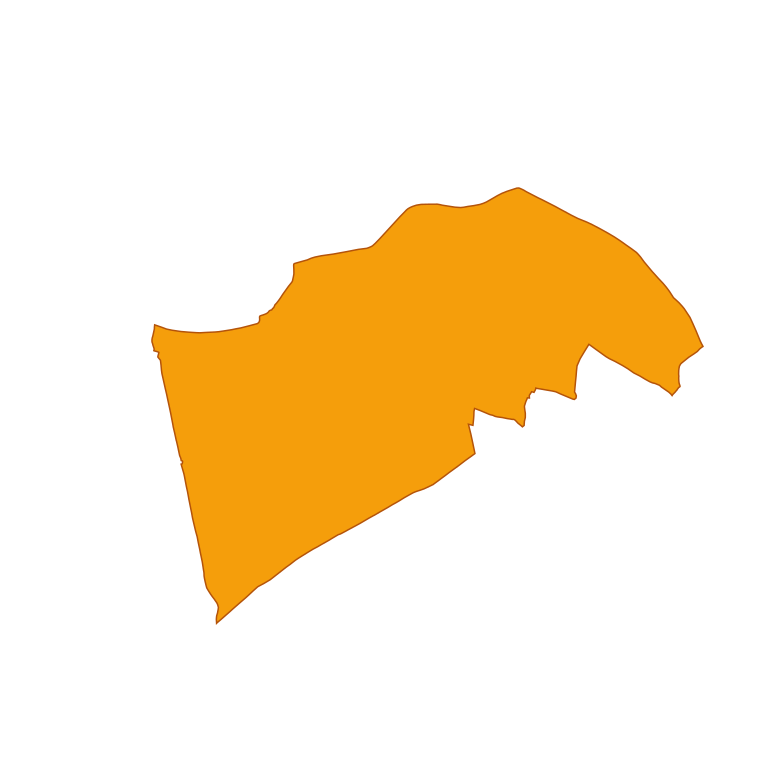 outline of Thanh Binh, Ðong Tháp, Vietnam, rotated 141°
{"feature_id": "81297802B14212334557839", "entity_name": "Thanh Binh", "entity_type": "district", "adm_level": 2, "iso_a3": "VNM", "parent_name": "Vietnam", "parent_adm1": "Ðong Tháp", "projection": "albers", "projection_center": [105.482, 10.61], "detail": "fine", "context": "isolated", "style": "filled", "palette": "amber", "viewbox_px": 768, "rotation_deg": 141, "n_neighbors": 0, "source": "geoboundaries", "source_scale": "gbopen_adm2", "svg_char_len": 5799}
<svg xmlns="http://www.w3.org/2000/svg" viewBox="0 0 768 768"><g transform="rotate(141 384 384)"><path d="M525.0,574.3L526.8,572.5L527.8,571.3L530.8,568.9L533.3,566.9L535.2,565.6L536.5,564.4L537.6,563.0L538.0,562.3L538.4,561.1L539.2,559.4L540.4,556.2L540.8,555.6L541.1,555.3L541.8,554.9L541.9,554.6L541.6,554.2L540.2,552.3L539.3,550.8L539.1,550.4L539.1,550.2L540.0,549.5L541.9,548.1L542.5,547.6L542.8,547.1L542.8,546.4L542.8,545.6L542.8,544.4L542.8,543.6L542.8,543.2L543.2,542.5L545.4,539.0L548.3,534.7L550.1,531.7L554.0,523.8L556.6,518.6L559.3,513.0L561.2,509.3L566.1,499.6L568.0,495.9L571.4,489.5L573.7,485.2L574.8,483.3L577.4,477.9L580.9,471.0L581.4,469.8L584.2,464.1L584.9,462.8L587.9,456.9L588.7,454.1L589.8,452.1L589.1,451.1L589.1,450.9L589.4,450.4L590.6,449.3L591.0,449.0L591.3,449.0L592.1,449.4L595.9,440.4L597.0,438.2L602.2,428.5L604.5,423.9L608.0,417.5L608.4,416.8L608.8,416.0L612.8,408.4L614.4,405.3L617.1,400.4L620.4,393.6L622.9,388.4L624.3,385.2L625.3,382.9L628.1,377.7L631.2,371.6L633.3,367.7L634.3,365.7L637.2,360.1L639.7,355.8L641.3,353.1L642.2,351.4L643.0,350.2L644.6,348.1L645.8,346.0L647.3,343.1L649.1,339.3L649.9,337.5L650.1,336.9L650.5,334.2L651.0,329.9L651.2,327.0L651.3,323.6L651.5,321.3L651.6,319.5L651.8,318.5L652.1,317.3L653.0,315.2L653.2,314.7L653.6,314.3L654.6,313.3L656.6,311.6L657.5,310.8L659.0,309.8L660.1,309.0L660.6,308.5L661.4,307.7L662.4,306.6L663.9,304.5L664.7,303.4L663.6,303.5L659.0,303.6L653.8,303.8L646.7,304.1L643.3,304.3L635.7,304.6L629.2,304.8L626.0,304.9L619.7,305.3L615.7,305.6L609.7,305.9L602.3,304.5L595.6,303.5L581.8,303.3L575.3,303.2L570.2,302.9L563.4,302.8L562.6,302.7L560.3,302.5L557.8,302.2L548.9,301.1L543.0,300.3L538.0,299.3L533.9,298.7L526.9,297.5L524.4,297.1L521.9,296.8L514.4,295.7L512.6,295.0L510.9,294.6L506.2,293.7L505.7,293.6L504.4,293.4L498.0,292.2L496.0,291.8L490.5,290.8L485.9,290.1L483.2,289.7L479.9,289.2L477.6,288.8L476.6,288.6L475.8,288.5L474.0,288.1L468.1,287.2L466.2,286.9L462.6,286.3L459.0,285.7L455.4,285.2L453.2,284.9L449.4,284.2L445.5,283.6L440.6,283.0L439.2,282.8L437.5,282.5L433.4,281.8L432.3,281.6L431.1,281.4L429.2,281.0L427.6,280.5L425.8,279.9L423.3,278.9L421.6,278.3L418.8,277.3L411.0,275.4L410.2,275.3L409.6,275.0L397.9,274.5L393.6,274.3L389.0,274.2L383.4,273.9L377.6,273.6L369.5,273.4L357.1,272.7L352.3,282.0L348.1,290.3L343.7,299.6L340.9,295.9L336.7,300.1L333.9,303.1L331.4,306.0L329.0,308.0L328.6,307.4L325.8,302.6L321.2,294.0L320.7,293.2L319.2,291.3L318.0,288.9L316.4,286.9L313.0,283.3L310.1,279.7L307.8,277.2L306.8,276.0L305.5,274.9L305.2,274.4L305.0,273.8L304.8,273.0L304.5,268.9L304.2,267.8L303.7,265.4L303.4,263.6L301.2,263.6L299.7,265.2L298.3,266.7L295.3,269.0L294.2,270.3L292.6,272.3L291.2,274.7L289.4,277.6L288.7,278.5L287.2,279.5L284.8,281.1L282.6,282.2L281.5,282.9L281.3,283.0L281.1,282.9L279.8,281.6L278.8,283.0L278.3,283.6L277.8,283.9L276.1,284.4L274.1,285.1L272.7,283.1L269.6,284.4L268.6,285.3L267.8,284.2L264.5,280.5L261.9,277.5L257.5,272.5L255.6,270.1L255.0,269.1L253.1,265.2L246.8,253.5L245.8,252.2L243.7,252.2L242.0,253.7L241.2,256.0L241.0,257.8L233.3,265.7L230.0,269.0L226.3,272.9L222.6,276.6L220.9,277.5L215.7,280.2L208.3,282.9L199.8,285.9L199.3,284.2L198.6,281.6L197.5,277.4L196.8,274.9L195.2,269.0L194.3,265.7L192.9,261.8L190.3,256.3L187.0,248.3L184.9,242.4L182.9,235.4L180.2,229.4L178.1,223.6L176.0,218.4L174.7,216.0L173.0,213.8L170.7,209.6L170.3,207.0L170.0,206.0L169.0,202.6L167.8,198.5L167.4,195.9L167.4,193.7L166.2,194.1L165.2,194.2L162.6,194.5L161.4,194.8L160.3,194.9L159.3,195.3L157.3,195.8L155.6,195.7L155.2,196.2L154.6,197.7L154.5,198.1L154.1,199.0L153.0,200.8L151.2,203.2L150.0,204.5L148.8,206.3L146.4,209.1L144.7,210.7L143.1,212.0L141.8,212.5L140.8,212.9L139.5,213.0L130.3,213.0L124.4,212.4L120.0,212.1L116.8,212.6L114.1,212.6L112.5,212.4L112.3,213.1L111.9,215.4L111.2,218.4L108.1,228.8L106.0,236.5L104.3,243.2L103.3,253.5L103.3,256.7L103.6,261.5L104.1,265.1L104.7,268.9L103.9,276.3L103.7,281.6L103.8,286.8L104.3,293.3L104.7,300.9L104.8,302.3L104.9,308.3L105.0,315.1L104.7,321.4L104.8,324.7L105.0,327.1L105.2,328.1L105.5,329.2L106.6,333.5L108.5,340.1L109.5,343.8L110.7,347.9L112.4,353.2L114.5,358.9L118.0,367.7L121.9,376.8L124.4,382.0L129.2,390.7L132.1,397.1L137.1,409.1L139.1,414.0L145.4,428.2L146.9,431.3L152.4,443.9L153.4,446.7L154.0,448.0L155.1,450.2L155.3,450.5L155.8,451.4L156.5,451.9L157.4,452.6L161.0,454.0L167.3,456.4L170.3,457.3L172.1,457.9L177.3,459.0L182.5,459.8L185.6,460.3L189.9,461.0L193.1,461.9L196.5,463.2L202.1,466.2L206.9,469.1L210.8,471.2L213.4,472.9L217.6,476.8L226.1,486.2L227.8,488.4L229.4,490.2L232.4,492.6L234.9,494.6L237.7,496.8L242.1,500.2L246.3,502.6L250.0,504.0L252.5,504.7L253.1,504.8L254.9,505.1L257.0,505.1L261.7,504.5L266.2,504.0L282.3,501.6L295.8,499.6L302.3,498.8L306.0,498.6L307.7,498.9L310.1,499.6L312.0,500.3L319.3,504.8L329.8,510.4L341.5,516.8L352.0,523.1L357.8,526.1L361.5,527.6L365.5,528.7L369.4,530.4L372.2,531.6L376.4,533.4L377.9,534.0L378.3,534.0L378.8,533.8L379.6,533.0L382.0,529.7L384.8,526.2L386.9,524.4L390.4,521.6L391.1,521.3L392.2,521.0L396.8,520.0L406.2,517.4L410.5,516.0L413.8,515.1L416.8,514.4L418.8,514.2L420.9,513.1L421.4,512.9L421.6,512.8L422.1,512.7L422.4,512.7L422.7,512.7L422.9,512.8L423.1,512.8L423.3,512.7L424.4,512.3L424.6,512.3L425.1,512.4L425.5,512.7L425.9,512.8L426.4,512.9L426.9,513.0L427.3,513.0L428.1,512.8L428.9,512.6L429.6,512.6L430.2,512.6L431.5,512.8L433.1,513.3L434.8,513.9L436.3,514.5L437.5,514.9L438.2,514.7L438.9,514.0L439.8,512.7L440.6,511.8L441.2,511.3L441.9,510.9L442.8,510.6L443.9,510.6L444.6,510.7L447.7,512.1L452.4,514.2L456.1,515.9L460.0,517.7L464.6,520.2L468.3,522.1L474.7,525.8L479.6,528.7L482.7,530.8L488.0,534.7L490.3,536.4L494.1,539.1L495.4,540.1L498.1,542.5L503.4,547.4L508.9,552.7L514.8,559.1L518.4,563.5L521.0,567.9L525.0,574.3Z" fill="#f59e0b" stroke="#b45309" stroke-width="1.5"/></g></svg>